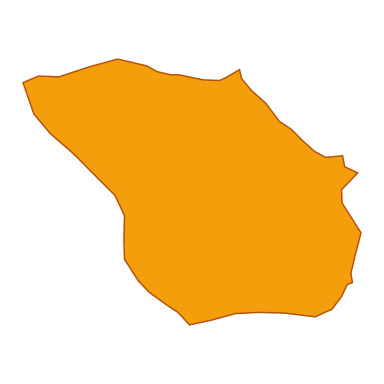 Aplanta, Larnaca, Cyprus
{"feature_id": "46923920B85931406111700", "entity_name": "Aplanta", "entity_type": "district", "adm_level": 2, "iso_a3": "CYP", "parent_name": "Cyprus", "parent_adm1": "Larnaca", "projection": "mercator", "projection_center": [33.482, 34.828], "detail": "fine", "context": "isolated", "style": "filled", "palette": "amber", "viewbox_px": 384, "rotation_deg": 0, "n_neighbors": 0, "source": "geoboundaries", "source_scale": "gbopen_adm2", "svg_char_len": 768}
<svg xmlns="http://www.w3.org/2000/svg" viewBox="0 0 384 384"><path d="M357.7,172.9L344.6,166.7L342.6,155.8L325.7,157.4L314.4,151.3L301.9,140.0L291.5,129.5L279.4,121.4L265.7,103.2L251.6,90.7L241.6,78.6L239.5,69.7L225.1,78.0L219.5,80.5L203.7,79.9L179.2,74.9L171.0,74.9L157.2,71.7L147.1,66.0L117.6,59.1L89.9,66.6L59.1,76.8L38.4,76.1L23.0,82.7L33.9,114.0L50.3,133.6L67.9,148.8L74.8,155.1L98.1,178.5L115.1,195.5L124.5,215.7L123.9,239.7L124.5,259.3L138.3,280.8L149.0,292.2L167.3,305.4L178.0,312.4L189.4,324.9L211.9,320.0L235.2,313.6L258.5,312.4L283.0,313.0L283.6,313.0L315.1,316.8L332.0,309.2L341.5,296.6L347.1,284.6L352.4,282.6L350.9,273.2L354.0,260.0L361.0,232.8L342.1,203.1L341.5,189.8L357.2,173.4L357.7,172.9Z" fill="#f59e0b" stroke="#b45309" stroke-width="1.5"/></svg>